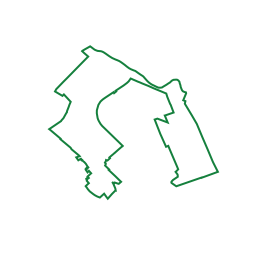 the district of Faurei, Braila, Romania, rotated 53°
{"feature_id": "2599482B41579129284084", "entity_name": "Faurei", "entity_type": "district", "adm_level": 2, "iso_a3": "ROU", "parent_name": "Romania", "parent_adm1": "Braila", "projection": "robinson", "projection_center": [27.267, 45.105], "detail": "fine", "context": "isolated", "style": "outline", "palette": "green", "viewbox_px": 256, "rotation_deg": 53, "n_neighbors": 0, "source": "geoboundaries", "source_scale": "gbopen_adm2", "svg_char_len": 3233}
<svg xmlns="http://www.w3.org/2000/svg" viewBox="0 0 256 256"><g transform="rotate(53 128 128)"><path d="M191.7,116.4L194.9,116.4L195.6,116.7L196.9,117.6L196.6,123.3L196.9,125.0L197.3,126.0L198.1,126.3L203.6,124.5L204.8,120.8L208.2,110.3L211.9,98.9L212.1,99.0L217.1,82.6L207.1,80.8L205.7,80.5L193.5,77.4L179.9,74.1L166.2,70.6L156.3,69.4L142.8,68.0L141.7,66.7L141.4,66.3L141.1,66.0L139.1,67.2L135.3,60.7L134.4,60.3L133.3,61.2L131.6,62.1L130.9,62.1L130.1,62.1L126.9,61.2L125.4,60.4L123.5,59.8L122.0,59.1L120.2,59.2L119.5,59.5L118.9,59.8L118.1,60.8L116.9,62.7L116.6,64.2L116.7,65.7L116.9,67.0L116.7,69.0L116.6,71.3L116.2,74.8L116.1,76.4L115.5,77.6L114.1,79.4L112.0,80.6L111.2,81.0L110.4,81.4L107.5,82.9L105.8,83.5L104.4,83.9L102.2,84.3L99.8,84.5L97.1,84.7L96.6,84.7L95.5,84.9L93.1,85.8L90.1,86.8L86.9,87.8L85.2,88.9L83.0,90.2L81.1,91.1L78.5,91.9L75.7,92.6L73.3,93.3L71.1,94.0L69.3,94.7L67.5,95.7L65.4,97.0L62.6,98.5L59.5,99.7L56.4,100.7L55.1,101.1L54.6,101.3L52.9,101.9L51.5,102.6L50.4,103.4L49.3,104.6L48.2,105.8L47.0,106.6L45.6,107.4L45.1,107.6L43.4,108.1L41.6,108.6L40.0,109.1L39.9,110.0L39.2,115.3L39.0,117.2L38.9,118.0L39.0,118.4L41.8,117.9L46.4,116.9L47.0,116.8L47.6,120.9L48.2,125.0L51.5,146.8L52.2,151.8L53.8,161.9L54.9,164.3L62.9,161.0L62.6,159.0L72.6,158.0L74.2,160.8L75.2,162.3L75.3,162.4L78.0,166.8L78.6,167.2L78.8,167.7L78.9,168.2L80.8,172.5L81.3,173.6L81.8,176.2L82.0,176.9L82.2,177.3L81.5,191.6L82.6,191.3L88.3,190.0L96.2,188.2L96.3,188.3L96.4,188.7L109.2,185.7L111.0,185.9L120.4,183.7L121.4,183.6L120.3,187.0L123.9,187.1L124.2,184.1L125.2,184.0L125.3,184.1L125.3,184.6L125.9,184.5L125.9,184.0L126.0,183.9L126.1,184.0L128.0,183.7L128.9,183.4L131.2,183.2L133.5,183.4L134.2,183.5L135.6,183.4L135.9,185.2L135.0,185.3L135.3,186.6L136.3,186.5L136.4,186.9L139.1,187.0L138.7,185.0L142.0,184.7L142.4,189.5L142.7,189.5L144.3,189.4L144.3,190.3L143.4,190.3L143.3,190.5L143.5,192.0L145.0,192.2L145.3,192.7L148.5,192.5L148.8,195.4L149.0,196.8L151.3,196.8L152.7,196.9L155.6,196.7L159.3,195.7L160.0,195.5L161.8,194.9L164.2,193.8L166.6,192.3L166.1,186.6L169.7,186.7L172.3,186.7L171.0,180.3L170.4,176.1L170.3,175.8L170.6,175.5L168.6,174.5L163.8,173.3L161.6,173.1L164.0,172.5L163.6,171.4L165.8,169.9L166.7,169.3L167.0,169.0L167.0,168.7L166.8,165.9L163.8,166.4L159.1,167.1L149.9,168.7L149.8,168.0L144.2,168.9L143.6,167.7L143.1,167.2L141.8,167.3L141.6,166.9L141.5,166.3L141.1,165.6L140.4,164.8L141.3,164.3L141.6,164.0L141.3,160.6L140.3,160.6L139.8,152.5L139.5,148.8L139.2,144.3L139.3,143.4L139.2,143.0L126.2,145.0L113.4,147.0L110.9,147.4L108.2,147.5L104.9,147.1L103.4,146.8L101.8,146.3L97.4,144.0L95.1,142.2L91.7,137.7L90.5,134.6L90.3,134.0L90.1,132.1L90.0,130.7L90.1,127.9L90.4,122.9L90.7,117.9L91.8,118.1L91.7,115.4L90.8,115.4L91.4,105.9L91.4,103.8L91.4,101.8L91.2,99.7L90.9,98.5L90.1,96.1L90.9,95.6L92.9,94.5L94.8,93.4L96.8,92.3L98.7,91.1L100.7,90.0L102.7,88.8L106.5,86.5L109.4,84.9L109.7,84.7L110.3,84.4L111.1,84.0L117.5,80.2L123.5,76.7L126.8,77.9L134.2,79.9L134.5,79.9L134.9,79.9L135.3,80.0L143.1,82.3L141.1,88.4L140.3,90.9L140.2,91.1L147.5,93.0L138.2,98.9L137.3,101.6L152.3,105.8L156.3,106.7L165.9,108.9L166.5,106.6L170.8,107.7L188.6,112.1L191.2,112.8L191.7,116.0L191.7,116.4Z" fill="none" stroke="#15803d" stroke-width="2"/></g></svg>